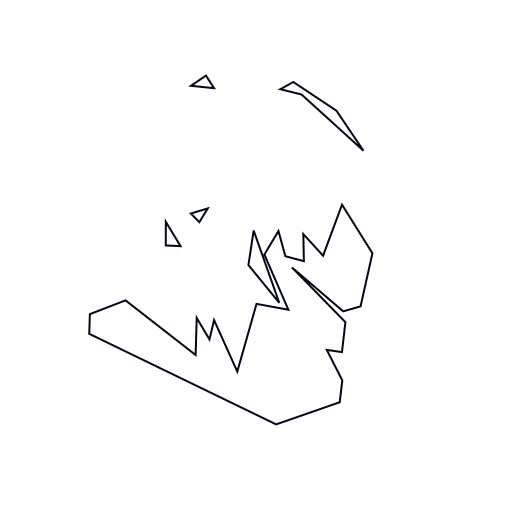 map outline of Greece (Mercator projection), rotated 218°
{"feature_id": "GRC", "entity_name": "Greece", "entity_type": "country or territory", "adm_level": 0, "iso_a3": "GRC", "parent_name": "Europe", "parent_adm1": "", "projection": "mercator", "projection_center": [23.941, 38.339], "detail": "coarse", "context": "isolated", "style": "outline", "palette": "ink", "viewbox_px": 512, "rotation_deg": 218, "n_neighbors": 0, "source": "natural_earth", "source_scale": "50m", "svg_char_len": 769}
<svg xmlns="http://www.w3.org/2000/svg" viewBox="0 0 512 512"><g transform="rotate(218 256 256)"><path d="M339.5,92.0L351.1,107.9L331.5,140.7L242.6,140.8L264.6,170.7L241.3,161.6L249.6,179.7L199.6,153.4L226.1,218.6L197.4,233.6L250.3,262.3L253.7,289.5L232.7,273.9L215.1,281.4L232.2,302.4L203.3,297.5L219.8,349.4L165.9,329.8L142.6,280.7L153.2,266.1L220.6,269.1L144.8,258.9L129.1,233.2L142.4,225.6L111.4,211.1L100.0,192.3L136.5,135.7L339.5,92.0ZM236.1,405.1L319.5,411.3L339.5,402.4L333.7,416.1L281.9,420.0L236.1,405.1ZM208.8,233.4L256.4,244.2L273.5,274.6L208.8,233.4ZM333.6,208.8L348.1,227.4L321.5,217.3L333.6,208.8ZM406.5,367.4L392.4,362.4L412.0,350.1L406.5,367.4ZM333.5,249.4L323.3,263.8L321.5,247.8L333.5,249.4Z" fill="none" stroke="#020617" stroke-width="2"/></g></svg>